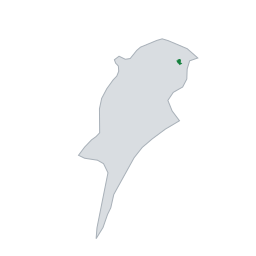 Peristerona Pafou, Paphos, Cyprus shown in context, rotated 137°
{"feature_id": "46923920B18196113028604", "entity_name": "Peristerona Pafou", "entity_type": "district", "adm_level": 2, "iso_a3": "CYP", "parent_name": "Cyprus", "parent_adm1": "Paphos", "projection": "natural_earth1", "projection_center": [32.486, 34.995], "detail": "fine", "context": "in_parent", "style": "filled", "palette": "green", "viewbox_px": 256, "rotation_deg": 137, "n_neighbors": 0, "source": "geoboundaries", "source_scale": "gbopen_adm2", "svg_char_len": 1627}
<svg xmlns="http://www.w3.org/2000/svg" viewBox="0 0 256 256"><g transform="rotate(137 128 128)"><path d="M180.4,135.6L182.8,141.8L172.8,143.6L162.8,144.2L157.2,143.5L152.0,143.8L135.8,161.5L127.1,167.6L116.7,171.2L106.1,173.3L100.8,173.6L96.1,175.8L92.8,179.9L92.8,183.9L91.4,187.2L85.6,186.6L83.1,180.1L79.0,177.3L68.7,178.8L63.7,178.6L47.2,172.4L42.2,169.9L39.1,164.6L30.6,145.6L29.2,131.6L37.1,135.1L44.5,130.8L51.6,123.7L60.1,120.7L65.4,122.0L70.6,123.2L80.0,121.0L84.1,110.4L85.4,98.2L101.4,101.7L117.5,103.5L130.8,104.1L143.8,102.1L183.7,89.1L195.0,81.4L202.0,78.7L214.1,72.3L226.8,68.8L218.7,76.2L173.2,108.9L170.2,118.6L172.3,125.3L178.8,133.5L180.4,135.6Z" fill="#d9dde1" stroke="#a8b0b8" stroke-width="1"/><path d="M45.3,139.1L45.4,139.3L45.5,139.3L45.6,139.5L45.5,139.8L45.6,140.1L45.6,140.4L45.5,140.5L45.3,140.6L45.2,140.8L45.1,141.0L44.9,141.1L44.8,141.3L44.7,141.3L44.4,141.3L44.2,141.3L44.0,141.5L43.9,141.7L44.0,141.7L44.0,141.8L44.0,142.0L43.9,142.1L43.8,142.3L43.7,142.4L43.8,142.5L43.7,142.7L43.8,142.8L44.0,142.9L44.3,143.0L44.5,143.1L44.5,142.9L44.6,142.7L44.8,142.5L44.8,142.4L44.9,142.5L44.9,142.8L45.0,142.8L45.1,142.7L45.3,142.6L45.5,142.7L45.6,142.8L45.7,142.7L45.8,142.8L45.8,142.7L46.0,142.7L46.0,142.4L46.3,142.3L46.3,142.2L46.2,142.0L46.2,141.9L46.3,141.9L46.4,142.0L46.4,141.9L46.5,141.8L46.4,141.7L46.5,141.6L46.4,141.5L46.4,141.4L46.4,141.2L46.5,140.9L46.5,140.7L46.5,140.4L46.5,140.2L46.4,139.9L46.5,139.9L46.5,139.7L46.4,139.7L46.4,139.8L46.3,139.7L46.4,139.4L46.2,139.4L45.9,139.4L45.7,139.3L45.6,139.2L45.4,139.1L45.3,139.1Z" fill="#22c55e" stroke="#15803d" stroke-width="1.5"/></g></svg>